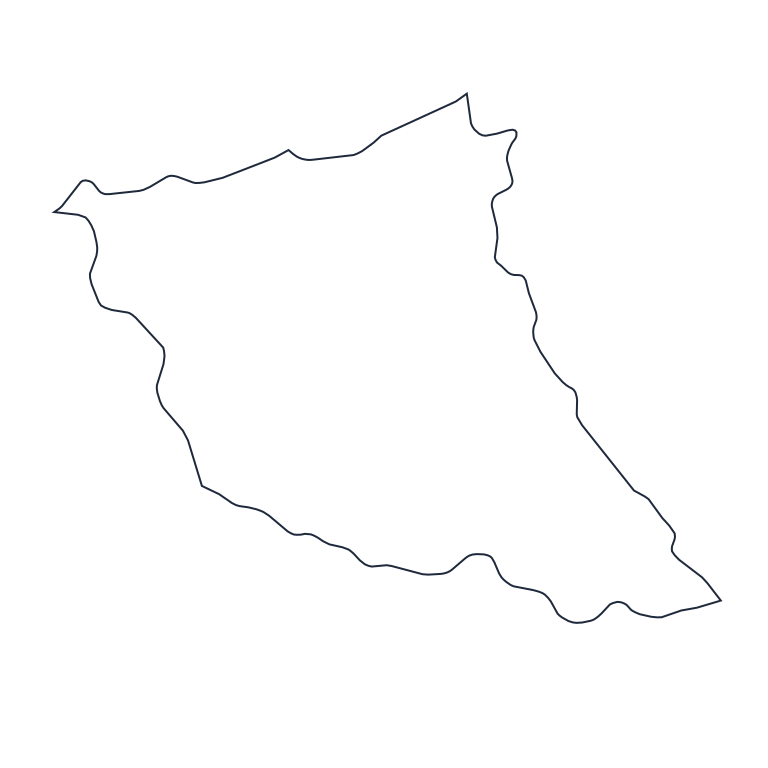 an SVG outline of Florida, rotated 81°
{"feature_id": "URY-18", "entity_name": "Florida", "entity_type": "Department", "adm_level": 1, "iso_a3": "URY", "parent_name": "Uruguay", "parent_adm1": "", "projection": "orthographic", "projection_center": [-55.814, -33.776], "detail": "fine", "context": "isolated", "style": "outline", "palette": "slate", "viewbox_px": 768, "rotation_deg": 81, "n_neighbors": 0, "source": "natural_earth", "source_scale": "10m", "svg_char_len": 3223}
<svg xmlns="http://www.w3.org/2000/svg" viewBox="0 0 768 768"><g transform="rotate(81 384 384)"><path d="M594.3,125.7L598.5,123.7L603.7,120.1L624.7,100.1L631.2,95.8L650.6,85.2L653.9,110.0L654.2,125.7L657.8,146.3L657.2,150.7L655.7,156.5L651.4,167.4L648.5,172.0L646.0,175.1L640.3,178.8L638.8,180.5L637.5,182.4L636.4,184.8L635.7,187.7L636.2,192.3L637.1,195.4L644.6,205.0L647.0,208.6L649.0,212.4L649.8,214.7L650.2,217.2L650.6,225.6L650.0,231.5L648.9,235.1L646.9,239.0L642.4,244.7L640.0,247.0L637.9,248.5L624.9,253.2L621.0,255.3L617.8,257.6L616.7,258.5L616.6,258.8L616.3,259.1L615.4,260.1L613.5,263.2L611.0,268.6L604.1,287.6L602.2,290.5L598.5,294.3L595.9,296.5L593.5,298.1L589.3,299.9L577.3,302.9L572.9,304.6L571.1,305.9L569.4,308.4L567.9,312.0L566.5,319.1L566.3,323.2L566.8,326.4L567.6,328.6L568.6,330.6L578.0,345.9L579.0,347.9L579.8,350.2L580.3,352.7L580.5,355.4L580.4,358.2L579.2,370.2L577.9,375.7L564.9,405.1L563.4,409.7L562.4,424.7L561.1,427.9L559.0,431.2L554.3,435.5L546.8,440.5L543.4,443.4L541.9,445.0L538.7,450.7L533.9,462.9L529.9,468.6L525.5,473.3L522.9,476.7L521.1,479.7L519.6,485.5L519.8,489.0L519.6,491.5L519.2,494.2L518.5,496.7L516.8,499.4L514.4,502.3L496.1,518.1L491.6,523.1L489.8,525.9L487.7,529.8L484.5,537.5L482.0,545.8L480.4,549.2L477.7,552.9L467.1,564.0L456.2,579.8L409.1,586.4L398.7,589.9L373.2,605.6L370.0,606.9L365.7,608.0L357.2,609.2L352.8,609.1L349.7,608.5L329.9,598.7L322.1,596.4L317.1,596.1L313.5,596.4L279.9,618.7L276.4,621.7L274.1,624.4L273.1,626.6L268.3,641.3L265.0,647.6L262.2,651.2L258.3,653.0L239.7,657.2L233.4,657.7L229.1,657.2L212.4,648.0L208.1,646.6L204.4,645.9L198.9,645.8L187.7,646.6L181.4,648.3L176.6,650.3L172.8,652.7L169.0,659.7L162.6,682.8L159.8,677.0L157.9,674.2L137.1,651.9L136.2,649.7L136.2,646.8L137.7,643.0L139.5,640.6L141.5,639.2L148.7,635.2L150.4,633.8L151.7,632.0L152.8,629.9L153.5,625.5L155.0,595.5L154.6,591.1L152.7,584.3L145.7,566.8L145.1,564.5L145.0,561.7L145.9,558.3L147.0,555.6L155.1,541.1L156.0,538.7L156.5,534.9L156.7,529.9L155.1,511.1L143.3,456.5L138.0,441.7L142.6,437.8L145.8,434.5L147.1,432.7L148.3,430.7L149.3,428.5L150.2,426.1L150.9,423.5L151.3,420.5L153.1,378.2L152.2,374.1L150.6,369.3L144.0,356.5L138.3,347.8L116.2,268.8L110.2,256.8L140.2,257.3L143.3,256.5L146.8,254.9L151.7,250.9L153.8,247.8L154.7,244.7L154.4,233.3L153.0,222.6L152.9,219.8L153.0,217.1L154.1,214.9L156.1,213.8L160.0,214.5L162.2,215.9L165.5,219.3L167.2,220.7L173.0,224.5L177.5,226.5L180.0,227.2L182.8,227.5L200.5,225.4L203.4,225.3L205.9,226.0L207.8,227.3L209.3,228.9L210.4,230.8L211.3,232.9L214.2,242.1L215.3,244.1L216.6,245.9L218.3,247.3L220.4,248.4L222.8,249.3L225.5,249.7L247.0,248.0L257.6,249.1L276.1,254.7L279.0,254.4L281.8,253.3L285.4,249.9L293.3,244.0L295.4,241.4L296.6,238.7L297.6,233.5L298.5,231.0L300.5,229.2L304.0,227.8L316.9,226.7L336.8,222.7L339.5,222.6L342.3,222.9L344.7,223.6L350.9,227.1L353.2,227.9L355.9,228.5L361.3,228.9L364.1,228.5L376.8,224.4L400.2,213.7L410.1,207.2L413.8,204.0L416.2,201.3L417.5,199.4L419.4,197.6L422.1,196.3L426.8,195.7L430.2,195.8L444.2,198.4L447.0,198.3L455.7,194.8L528.3,153.8L535.9,144.0L539.1,140.7L559.9,130.1L568.5,124.4L577.0,120.3L580.4,120.5L582.9,121.3L589.2,124.8L591.6,125.5L594.3,125.7Z" fill="none" stroke="#1e293b" stroke-width="2"/></g></svg>